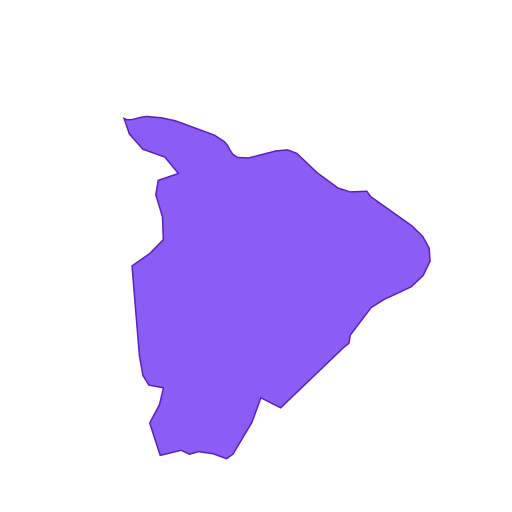 an SVG outline of Kabale, rotated 248°
{"feature_id": "UGA-3375", "entity_name": "Kabale", "entity_type": "District", "adm_level": 1, "iso_a3": "UGA", "parent_name": "Uganda", "parent_adm1": "", "projection": "natural_earth1", "projection_center": [30.02, -1.25], "detail": "fine", "context": "isolated", "style": "filled", "palette": "violet", "viewbox_px": 512, "rotation_deg": 248, "n_neighbors": 0, "source": "natural_earth", "source_scale": "10m", "svg_char_len": 908}
<svg xmlns="http://www.w3.org/2000/svg" viewBox="0 0 512 512"><g transform="rotate(248 256 256)"><path d="M291.7,355.4L288.4,357.4L280.2,367.2L274.5,383.0L268.0,384.6L225.4,411.9L211.6,417.9L198.4,419.5L186.1,415.5L175.4,403.8L169.3,388.4L167.8,358.5L165.0,343.3L147.3,313.7L140.4,309.6L138.5,303.3L106.0,222.0L122.7,207.4L103.4,190.0L81.0,160.6L79.1,152.7L88.8,142.1L96.2,129.3L97.1,120.0L103.9,113.9L107.0,92.5L141.0,94.9L154.3,110.8L168.4,120.8L176.5,108.3L187.5,106.4L207.4,110.6L293.2,137.3L298.1,158.4L305.9,176.2L327.4,184.0L350.3,186.0L362.8,193.7L361.6,214.9L381.8,208.6L397.4,191.1L416.5,184.3L432.5,185.2L432.9,185.2L430.8,187.2L429.0,191.6L427.6,202.0L426.4,206.8L419.6,220.0L411.4,232.1L383.5,262.8L373.8,269.5L369.1,271.1L364.1,271.5L359.1,272.5L354.2,275.9L349.7,285.8L345.9,314.0L342.6,325.0L335.8,332.3L310.2,343.9L291.7,355.4Z" fill="#8b5cf6" stroke="#5b21b6" stroke-width="1.5"/></g></svg>